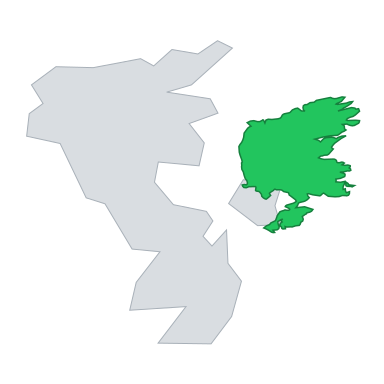 Ireland highlighted, Natural Earth projection, rotated 181°
{"feature_id": "IRL", "entity_name": "Ireland", "entity_type": "country or territory", "adm_level": 0, "iso_a3": "IRL", "parent_name": "Europe", "parent_adm1": "", "projection": "natural_earth1", "projection_center": [-8.443, 53.42], "detail": "fine", "context": "with_neighbors", "style": "filled", "palette": "green", "viewbox_px": 384, "rotation_deg": 181, "n_neighbors": 1, "source": "natural_earth", "source_scale": "50m", "svg_char_len": 4381}
<svg xmlns="http://www.w3.org/2000/svg" viewBox="0 0 384 384"><g transform="rotate(181 192 192)"><path d="M140.9,205.2L103.3,198.4L108.8,179.7L103.1,161.0L125.8,159.5L155.2,181.1L140.9,205.2ZM226.2,221.4L229.7,201.1L210.4,179.0L177.3,172.9L170.6,163.4L180.2,147.9L171.1,138.3L156.8,154.7L154.8,121.3L141.0,103.7L150.2,68.2L170.3,40.5L223.3,40.3L196.0,77.3L252.2,72.7L246.2,100.7L223.0,131.7L250.9,133.9L278.8,178.7L297.7,184.3L324.7,238.2L358.3,244.9L356.1,267.5L342.5,277.9L354.4,296.3L330.2,314.9L292.9,314.6L245.7,324.4L232.5,317.4L214.5,334.1L188.5,330.1L169.1,343.7L154.1,336.6L194.4,299.1L219.1,291.4L175.4,285.5L167.4,271.3L196.1,260.4L180.6,241.3L185.4,218.3L226.2,221.4Z" fill="#d9dde1" stroke="#a8b0b8" stroke-width="1"/><path d="M112.7,162.4L108.4,164.6L107.8,165.4L106.6,168.9L106.4,169.8L105.1,171.7L103.8,173.7L102.2,174.4L100.0,175.1L98.7,175.7L97.1,175.4L95.0,175.4L94.0,176.1L94.0,176.6L94.6,177.2L96.4,178.1L98.5,179.0L98.2,179.7L97.2,180.5L90.4,182.6L88.3,183.8L87.6,184.6L88.3,186.0L93.8,190.1L94.7,190.6L95.5,193.0L100.3,194.0L102.3,195.5L104.0,195.8L107.7,195.7L109.2,196.3L110.0,195.8L110.5,195.1L113.6,193.0L114.6,192.1L114.0,190.9L113.3,190.0L115.2,188.1L117.5,186.2L118.6,186.3L120.6,187.4L122.2,189.0L122.4,190.2L122.7,191.1L124.2,193.0L125.2,193.7L127.9,194.1L128.5,194.8L128.1,197.6L128.5,198.5L131.2,198.5L134.2,198.3L135.2,198.4L136.3,197.8L137.9,197.2L140.2,197.4L141.4,198.6L141.9,199.9L139.9,200.4L137.8,200.1L136.8,201.0L136.8,202.6L137.5,204.7L138.9,206.1L140.1,209.4L141.1,213.1L142.5,215.4L142.9,218.1L142.7,219.5L143.0,221.9L142.3,222.8L142.8,225.1L144.6,229.8L145.4,232.5L145.9,238.3L144.8,240.4L143.2,242.5L142.1,244.9L141.3,247.6L140.9,251.8L137.4,256.8L135.9,258.0L134.2,258.8L138.0,262.3L134.9,263.9L131.5,264.4L127.7,263.5L125.4,263.6L123.3,264.7L122.4,265.4L121.7,265.1L120.3,262.2L119.3,265.2L117.1,266.1L113.4,265.9L107.2,266.7L104.8,267.5L103.8,268.9L103.1,270.4L102.1,271.3L101.0,271.8L96.2,272.9L95.3,273.3L93.1,275.8L90.2,277.2L87.8,277.7L85.6,276.2L84.7,275.4L83.7,274.9L80.4,275.0L81.5,275.4L82.1,276.4L82.5,278.4L82.1,280.3L80.5,281.3L78.5,281.4L75.5,283.4L71.4,283.9L69.2,285.8L55.8,288.8L55.0,288.9L53.2,288.1L51.2,287.8L49.2,288.0L43.6,289.7L40.8,289.4L44.3,285.1L49.0,282.9L49.5,282.4L48.0,282.1L39.1,283.6L36.0,284.8L33.0,285.2L34.4,283.3L38.4,280.6L40.5,279.3L41.8,278.8L43.3,277.3L47.5,275.5L34.0,279.2L30.5,278.7L29.7,277.7L26.9,278.2L25.9,275.7L30.0,271.9L32.4,270.3L35.2,269.5L37.9,268.2L38.9,266.7L37.7,266.2L29.6,266.6L25.7,266.3L25.9,265.0L26.6,263.7L30.7,261.4L32.8,261.0L34.8,261.3L36.7,261.9L38.2,262.6L42.8,262.2L40.9,260.7L40.6,257.7L39.1,256.7L41.0,255.4L43.1,254.5L46.7,251.7L48.0,251.2L55.0,250.6L62.6,249.1L70.1,247.0L66.3,245.8L64.4,244.3L61.5,247.4L59.3,248.6L53.3,249.2L51.4,248.9L48.7,247.9L47.9,248.3L47.1,249.0L43.1,250.5L38.9,250.9L43.8,248.1L50.0,243.4L51.4,241.9L53.3,239.3L52.7,238.2L51.5,237.5L56.0,232.2L57.5,231.3L60.4,231.1L62.5,230.3L63.4,230.3L64.3,230.0L66.1,228.4L63.3,227.4L60.4,226.9L51.3,227.4L50.1,227.3L49.0,226.8L48.2,226.1L47.7,224.3L47.0,223.9L45.0,223.9L43.0,224.5L41.6,224.4L40.2,223.6L42.4,221.8L39.6,221.3L36.7,221.7L34.3,221.1L34.2,220.0L35.3,218.8L33.9,217.8L33.6,216.4L35.2,215.7L36.8,215.9L40.2,214.9L44.5,214.4L40.8,213.4L39.3,212.5L39.3,211.2L39.6,210.1L43.9,208.2L48.4,207.4L48.1,206.1L48.4,204.7L43.8,204.3L39.3,205.3L39.8,202.7L40.9,200.4L41.1,198.8L40.9,197.2L38.8,197.9L38.5,195.6L37.6,194.0L34.5,195.1L34.6,193.0L35.5,191.5L37.2,190.9L38.8,191.1L41.8,191.1L44.8,190.0L49.0,189.7L55.7,190.1L60.3,193.2L61.5,192.6L63.4,190.7L64.2,190.4L71.2,191.3L75.5,192.4L76.7,192.1L76.1,189.9L74.6,188.4L76.5,186.4L78.7,185.0L80.3,184.4L83.8,183.5L85.3,182.8L86.3,180.2L87.9,178.1L79.1,179.2L70.8,176.7L72.1,174.9L73.9,173.9L76.9,173.1L77.2,172.2L78.7,171.4L81.3,169.4L80.3,166.8L80.8,164.9L82.7,163.6L83.2,161.8L84.1,160.5L87.8,160.0L91.3,158.8L92.6,158.9L96.8,158.6L98.3,159.1L97.9,156.9L100.5,156.6L101.5,157.1L102.0,158.6L103.2,159.6L103.5,161.3L102.7,162.6L101.4,163.6L102.6,164.7L100.8,166.6L102.8,165.8L105.7,163.9L105.5,162.4L105.0,160.5L104.2,158.8L104.6,156.9L106.2,155.7L110.4,155.2L108.7,153.0L110.2,152.8L111.9,153.3L114.4,154.9L116.9,156.2L119.6,157.3L117.1,159.4L113.9,160.8L112.7,162.4ZM38.4,203.6L38.2,204.6L36.2,203.3L35.2,201.9L29.7,201.3L32.0,199.9L33.1,200.3L37.1,200.4L38.2,201.0L38.4,203.6Z" fill="#22c55e" stroke="#15803d" stroke-width="1.5"/></g></svg>